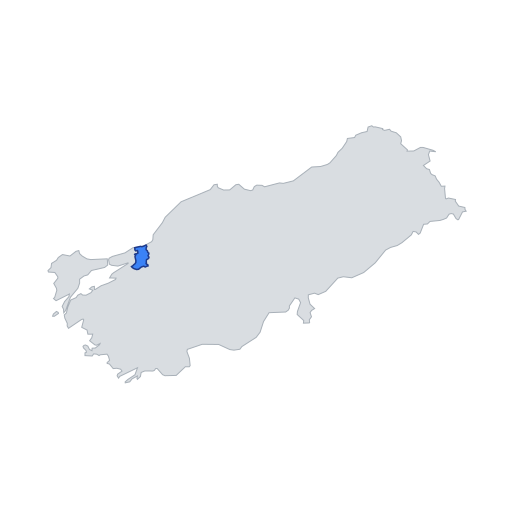 location of Sakarya within Turkey, rotated 335°
{"feature_id": "TUR-2267", "entity_name": "Sakarya", "entity_type": "Province", "adm_level": 1, "iso_a3": "TUR", "parent_name": "Turkey", "parent_adm1": "", "projection": "robinson", "projection_center": [30.503, 40.751], "detail": "fine", "context": "in_parent", "style": "filled", "palette": "blue", "viewbox_px": 512, "rotation_deg": 335, "n_neighbors": 0, "source": "natural_earth", "source_scale": "10m", "svg_char_len": 4571}
<svg xmlns="http://www.w3.org/2000/svg" viewBox="0 0 512 512"><g transform="rotate(335 256 256)"><path d="M388.5,188.1L395.4,190.3L397.5,188.7L403.7,188.9L409.3,190.1L412.1,186.5L416.0,186.9L416.9,188.7L418.7,189.4L424.7,194.1L424.1,194.8L425.6,196.5L430.6,197.6L431.2,200.0L435.2,203.6L437.5,209.2L436.6,213.0L434.6,215.4L438.1,223.8L437.2,224.8L443.4,227.5L450.9,227.1L453.4,228.3L461.0,234.9L463.0,237.5L457.8,234.3L455.1,237.0L453.9,243.5L446.0,244.7L447.5,249.0L449.7,250.9L449.2,254.9L449.8,256.5L452.2,259.1L452.1,262.7L453.1,266.5L453.4,271.1L456.8,272.5L455.4,274.6L452.1,283.8L452.4,284.6L454.9,284.8L460.7,289.1L459.8,290.5L460.8,296.4L465.8,300.3L465.1,302.2L465.4,304.2L461.8,303.3L455.0,308.6L454.2,308.5L453.1,306.6L452.6,301.4L450.8,300.0L448.6,299.7L444.8,302.1L441.3,302.0L437.7,301.5L428.3,298.2L424.9,299.4L421.3,298.1L414.5,304.6L412.4,305.1L411.3,301.9L408.8,300.1L405.7,302.5L393.9,305.6L388.4,306.2L381.6,305.1L376.0,305.4L361.1,312.6L346.6,316.5L333.6,316.2L326.4,311.7L320.8,310.6L304.3,317.5L296.1,317.3L293.3,314.4L287.0,313.3L285.7,316.0L284.6,322.5L286.9,328.4L283.4,328.8L281.1,330.1L280.6,334.5L277.4,336.3L276.4,339.1L275.8,339.1L270.6,336.9L272.0,334.7L268.6,326.4L270.1,323.8L276.7,317.1L276.5,313.1L273.5,310.4L265.1,315.4L264.3,317.3L262.4,318.7L259.2,319.3L243.9,312.9L235.1,318.6L227.5,326.8L221.8,329.8L204.9,332.1L202.0,333.7L196.2,332.0L192.7,329.7L184.8,320.4L170.0,313.3L154.3,311.6L153.0,313.4L152.4,320.6L150.0,327.5L148.7,328.2L145.2,326.5L133.2,330.5L122.9,326.0L121.2,324.1L118.9,316.2L117.4,315.6L115.7,316.7L114.0,316.7L106.7,313.2L102.7,313.0L100.3,316.4L96.4,317.7L96.3,316.8L97.8,314.6L91.7,315.0L88.4,316.7L83.9,315.7L84.2,314.8L87.9,313.7L96.1,312.5L101.4,307.2L81.7,307.5L79.8,308.6L79.5,305.9L80.7,304.6L85.9,303.7L85.5,301.4L82.4,298.9L79.0,297.7L77.5,291.9L75.7,290.5L76.0,289.7L79.2,288.7L79.9,284.5L79.5,282.0L73.1,279.7L71.7,279.9L70.2,277.7L67.5,276.1L65.3,277.4L58.9,274.0L60.1,271.5L61.7,271.6L62.0,269.7L60.8,266.4L61.0,264.8L62.4,264.3L63.9,264.6L65.5,266.6L65.6,270.3L67.3,272.5L68.5,270.3L71.5,271.5L76.7,270.3L77.7,269.4L73.9,269.5L72.5,268.6L69.4,262.5L72.6,260.7L75.0,257.8L70.6,255.8L71.6,251.7L67.9,247.0L72.9,241.0L72.7,240.1L71.1,239.8L55.5,242.3L55.3,239.6L56.5,237.3L56.5,231.5L57.3,228.4L60.1,227.5L63.7,222.9L69.5,217.6L75.5,217.7L77.9,216.2L81.4,216.1L82.4,218.2L85.5,219.7L91.0,219.5L93.6,218.1L91.1,215.4L94.2,214.6L96.7,215.2L95.4,218.1L96.1,218.4L103.2,217.5L110.6,218.2L118.8,217.9L119.8,216.9L114.0,214.0L117.7,211.5L119.8,211.0L137.0,208.7L137.1,208.1L126.6,206.8L121.2,203.4L119.7,201.5L120.8,197.1L122.0,195.9L125.7,195.7L138.6,197.8L147.8,196.5L157.9,199.5L167.5,198.9L169.4,197.6L171.8,193.3L185.3,186.2L190.1,182.5L211.0,175.2L242.6,176.5L248.0,173.7L251.2,174.6L250.4,176.5L250.6,178.2L254.5,182.5L260.1,185.0L267.9,182.9L270.7,183.7L273.7,190.5L278.7,194.5L280.9,194.8L283.8,192.4L286.6,192.1L291.3,194.5L293.0,196.9L308.2,199.7L311.4,201.7L321.6,203.7L344.1,198.9L352.4,202.2L359.4,203.2L362.4,202.8L371.3,198.9L374.1,196.7L379.7,194.8L386.6,190.6L388.5,188.1ZM97.7,176.2L97.1,179.2L98.4,182.5L101.5,187.1L104.7,189.4L120.0,195.7L117.8,201.5L114.0,202.4L100.8,199.6L95.5,202.0L91.6,201.4L86.3,202.5L84.7,206.0L80.9,210.0L70.3,215.0L60.5,224.9L57.8,226.2L59.1,222.8L59.0,219.8L63.3,216.4L69.2,213.8L70.8,211.6L55.9,212.0L54.5,209.0L56.1,208.4L61.0,202.9L61.5,200.8L61.1,195.4L67.0,192.4L67.6,191.1L66.7,185.9L61.1,182.8L61.3,181.3L65.3,179.9L67.6,176.3L73.4,175.6L76.2,173.8L81.2,172.9L87.4,177.4L94.8,175.7L97.7,176.2ZM52.7,224.6L47.7,225.4L46.2,224.6L47.8,223.0L51.7,221.9L52.9,223.5L52.7,224.6Z" fill="#d9dde1" stroke="#a8b0b8" stroke-width="1"/><path d="M149.6,197.2L155.5,198.5L156.2,199.1L156.5,199.3L158.4,199.6L161.0,199.6L161.0,199.8L161.1,200.6L161.1,201.2L159.9,202.2L159.1,203.8L159.3,204.6L159.7,205.3L159.7,206.1L159.4,206.8L159.7,207.5L160.1,208.1L159.6,209.0L158.3,210.0L158.3,210.8L158.5,211.6L158.2,212.4L156.8,213.0L155.3,213.0L154.4,214.2L153.8,215.8L153.5,216.0L153.2,216.3L153.3,217.0L153.8,217.5L154.3,218.5L153.9,219.4L152.8,219.1L151.1,219.2L150.7,218.9L150.2,218.1L149.6,217.7L148.7,217.7L147.9,217.5L147.0,217.6L144.0,218.4L142.1,217.8L141.3,217.0L140.4,216.3L139.6,215.2L139.0,214.1L138.8,213.5L138.7,212.9L140.2,212.8L140.9,212.5L141.6,212.2L143.0,211.9L144.3,211.1L145.2,209.4L146.0,205.5L147.5,204.1L147.2,204.0L146.9,203.9L146.7,203.3L147.1,203.1L148.0,203.2L148.7,203.5L149.9,203.5L150.3,203.4L150.4,202.6L150.9,201.7L150.8,200.9L149.2,200.6L148.8,199.3L149.5,197.6L149.6,197.2Z" fill="#3b82f6" stroke="#1e3a8a" stroke-width="1.5"/></g></svg>